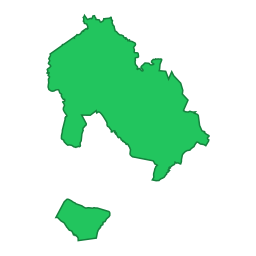 Huehuetlán el Chico, Puebla, Mexico
{"feature_id": "50627088B51636032472244", "entity_name": "Huehuetlán el Chico", "entity_type": "district", "adm_level": 2, "iso_a3": "MEX", "parent_name": "Mexico", "parent_adm1": "Puebla", "projection": "orthographic", "projection_center": [-98.73, 18.359], "detail": "fine", "context": "isolated", "style": "filled", "palette": "green", "viewbox_px": 256, "rotation_deg": 0, "n_neighbors": 0, "source": "geoboundaries", "source_scale": "gbopen_adm2", "svg_char_len": 5672}
<svg xmlns="http://www.w3.org/2000/svg" viewBox="0 0 256 256"><path d="M93.0,15.9L92.0,18.5L91.6,18.7L90.9,18.4L90.0,18.5L87.6,19.5L87.2,19.3L84.5,15.4L84.2,16.4L83.2,17.5L83.6,18.1L83.8,19.0L83.4,21.4L84.0,21.8L84.4,23.4L85.6,23.7L86.9,24.2L86.9,24.7L87.8,26.4L87.7,27.4L87.9,28.3L87.7,28.3L87.4,29.0L86.5,29.0L86.2,28.6L83.6,30.4L83.5,31.3L82.5,31.1L82.4,31.5L81.4,32.2L81.3,32.9L80.5,33.6L79.9,34.4L78.1,34.8L77.0,34.6L76.6,35.0L76.4,35.5L74.2,37.1L74.3,38.0L73.5,37.6L63.7,44.4L62.5,44.6L62.3,44.8L62.3,45.4L50.1,54.0L50.5,55.0L50.4,55.6L50.0,56.6L49.4,57.3L49.4,58.0L48.9,58.5L48.8,58.8L49.7,60.4L49.7,61.1L49.3,61.5L48.4,63.3L48.9,64.1L50.2,65.1L50.7,65.9L50.7,66.4L48.8,68.2L48.2,68.5L47.3,69.4L47.2,69.8L47.9,70.8L47.7,71.9L47.0,73.0L47.5,73.2L49.0,72.7L49.1,73.0L48.4,74.5L48.1,75.5L49.5,76.6L49.5,77.2L48.4,79.1L48.7,82.9L48.4,84.2L48.1,87.0L48.5,88.3L49.0,89.2L48.9,89.5L50.8,90.8L52.2,91.2L54.0,91.0L55.5,90.1L56.6,89.8L58.3,89.7L58.9,90.2L59.5,92.2L59.9,93.0L60.5,93.6L61.3,93.9L61.6,94.4L61.3,95.4L61.4,96.3L62.6,98.4L63.4,99.4L64.6,99.3L64.8,100.2L64.7,101.1L64.3,101.5L63.0,101.6L62.7,102.0L63.9,103.7L64.5,105.4L64.0,106.7L63.4,107.9L63.3,109.4L63.7,110.6L64.9,112.7L66.5,114.9L66.9,115.6L66.8,116.2L66.3,116.7L65.7,116.7L65.0,118.1L65.2,119.0L62.4,130.1L62.3,132.1L61.5,135.5L61.4,138.4L61.7,139.0L63.7,140.2L64.1,141.7L66.6,144.3L67.9,145.2L69.0,144.9L71.1,145.2L72.0,145.5L73.8,146.8L75.1,147.1L75.9,147.4L76.2,147.0L77.5,146.8L78.1,146.6L78.3,146.3L79.5,146.7L79.8,146.5L80.2,146.2L80.4,145.5L80.2,144.9L80.1,143.3L80.3,142.4L81.2,140.8L81.9,133.8L83.2,130.2L82.8,129.7L83.0,128.3L83.8,127.3L84.5,126.7L85.0,125.8L85.8,125.5L86.2,124.6L86.3,123.8L81.7,115.1L90.3,115.2L96.2,110.7L96.3,111.9L96.8,113.0L98.1,111.9L99.8,112.3L101.5,114.0L103.4,116.6L106.7,122.0L107.1,123.5L107.0,124.3L107.2,125.6L107.6,126.3L108.9,127.0L111.4,130.4L111.6,130.9L111.2,131.8L111.6,132.0L111.9,132.0L113.4,130.9L114.0,130.7L114.9,131.0L115.1,131.2L115.0,131.7L114.5,132.3L115.1,133.0L115.9,132.7L116.2,132.9L116.4,133.2L115.7,134.0L116.8,135.0L118.1,137.4L118.7,137.7L119.4,137.3L119.8,137.4L120.6,138.1L120.9,138.5L121.2,139.8L122.8,140.6L122.7,141.2L123.1,141.5L123.8,141.5L124.4,142.3L125.6,142.9L126.0,144.2L126.4,144.4L127.5,144.0L128.0,144.5L128.6,145.8L129.3,146.7L130.5,149.6L130.0,153.8L130.3,154.8L131.4,155.9L132.5,156.8L153.1,160.8L154.0,162.1L154.8,163.9L155.4,164.1L157.3,165.2L155.7,166.8L155.4,167.9L154.8,169.0L154.5,170.8L153.7,173.5L153.6,175.0L153.8,176.8L153.7,177.6L152.3,179.9L156.1,180.7L159.0,180.5L159.9,179.5L161.6,178.5L162.5,178.2L164.3,177.1L165.6,175.1L166.6,174.2L166.6,172.9L167.6,172.5L168.4,171.8L168.1,171.4L168.3,171.0L169.1,170.9L169.6,170.5L169.4,170.2L168.3,170.4L168.2,169.8L168.9,168.7L170.0,168.1L169.2,167.4L169.5,167.1L170.4,167.3L171.4,166.2L173.0,165.1L173.7,164.9L174.4,164.3L174.8,163.8L175.1,162.2L176.5,163.1L177.5,162.9L178.4,163.0L180.2,163.9L180.7,163.9L181.4,161.7L181.5,159.3L182.4,154.9L183.1,153.8L185.0,151.8L187.0,150.6L190.0,150.1L190.3,149.5L192.5,147.6L194.0,146.6L195.0,144.5L196.7,142.2L197.4,142.1L198.0,142.3L200.1,143.8L201.1,144.2L201.9,144.1L203.1,144.5L203.8,144.5L205.8,145.7L208.6,141.0L208.8,139.8L207.8,139.2L207.4,138.0L207.8,137.3L208.9,136.5L209.0,135.8L208.6,135.4L206.3,134.2L205.3,133.2L204.4,132.7L204.3,132.4L204.7,131.9L204.5,131.6L202.3,131.0L201.8,130.5L199.6,125.5L198.3,115.6L197.8,114.8L197.2,114.3L194.3,113.2L195.4,111.9L193.3,112.1L191.4,111.8L190.5,111.4L189.6,111.3L188.3,112.1L185.5,111.8L185.1,111.7L184.3,111.0L183.6,110.8L183.5,110.3L188.0,100.1L182.3,94.0L182.5,92.8L182.8,90.3L180.7,83.2L173.7,75.7L171.7,71.7L168.6,79.1L165.7,71.3L159.2,70.7L159.6,69.1L160.0,64.3L161.7,60.0L161.6,59.3L161.0,59.0L159.2,59.1L158.1,58.9L156.9,59.2L155.5,58.9L155.1,59.4L154.6,59.5L153.3,59.4L151.6,61.1L151.5,62.2L152.1,62.9L153.7,63.8L153.6,64.4L151.8,64.9L150.7,64.9L149.6,64.1L149.3,63.6L148.8,63.3L145.3,63.0L144.6,63.2L143.5,64.5L141.9,65.8L141.3,66.5L141.0,67.3L142.8,69.7L143.1,70.2L142.9,70.8L142.4,71.0L141.7,70.8L140.9,70.0L139.9,68.6L139.6,68.5L138.3,68.8L137.7,69.4L137.3,69.3L137.1,69.1L137.1,68.7L137.7,68.0L137.4,66.8L135.4,64.4L135.0,61.4L135.3,60.9L135.4,60.3L135.2,58.6L135.3,58.0L136.0,57.6L137.8,57.4L138.4,56.9L138.5,56.1L138.2,53.8L137.9,53.2L137.5,52.9L134.6,52.6L134.1,52.0L134.4,49.9L133.8,48.2L133.6,47.4L134.4,46.2L135.1,45.5L135.4,44.8L135.5,44.1L135.1,43.1L132.1,41.5L129.5,41.0L129.5,39.9L129.3,39.8L128.3,40.6L127.9,40.7L127.3,39.2L126.6,38.9L125.9,39.0L126.1,37.9L125.9,37.7L125.0,37.9L124.2,37.6L123.9,37.3L123.3,35.9L121.4,35.0L119.9,34.9L118.5,34.0L116.5,31.7L115.0,30.8L114.8,29.3L114.3,27.9L114.3,27.0L113.8,25.8L113.0,25.3L112.8,24.2L112.3,23.6L112.1,22.6L112.5,20.6L112.2,20.2L111.5,20.1L111.2,17.4L110.7,17.3L109.6,18.2L105.2,18.6L105.1,18.8L103.8,18.7L103.3,20.7L100.9,22.3L100.2,21.9L99.6,20.5L99.2,19.9L96.0,19.5L95.8,18.2L94.9,17.0L94.5,15.7L93.0,15.9ZM73.4,234.6L73.8,234.1L74.3,234.2L74.6,234.5L74.9,235.4L76.0,235.2L76.3,236.0L76.8,236.2L77.5,237.0L78.1,238.0L78.2,240.6L96.3,238.1L97.4,232.3L97.9,231.2L97.9,230.5L99.0,229.3L99.1,228.5L100.1,228.0L100.2,227.2L100.8,226.8L100.6,226.3L100.9,225.6L102.8,224.7L103.0,223.6L102.7,223.4L103.1,222.3L105.1,221.5L106.5,218.9L108.9,216.8L109.8,215.4L109.8,213.0L109.4,212.0L108.8,211.5L97.2,208.0L95.4,208.0L94.0,207.7L92.7,208.2L88.4,207.7L85.7,208.1L83.7,207.1L81.8,205.8L75.9,203.8L75.0,202.9L73.5,202.3L71.2,200.7L68.9,199.5L67.8,199.2L66.9,199.3L64.3,201.7L55.9,217.5L57.2,217.4L57.7,217.6L61.0,220.9L63.8,222.6L64.5,223.3L65.5,225.1L66.0,225.6L66.5,226.8L67.4,227.7L68.8,229.6L69.3,230.2L70.8,230.6L71.9,231.2L73.0,233.4L73.4,234.6Z" fill="#22c55e" stroke="#15803d" stroke-width="1.5"/></svg>